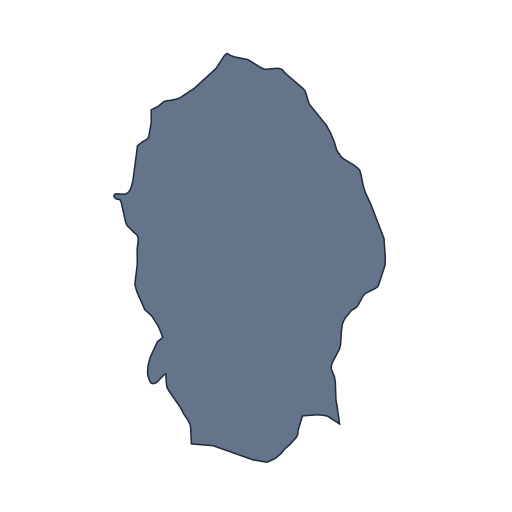 Kâmpóng Chhnang, Equal Earth projection, rotated 169°
{"feature_id": "KHM-1785", "entity_name": "Kâmpóng Chhnang", "entity_type": "Province", "adm_level": 1, "iso_a3": "KHM", "parent_name": "Cambodia", "parent_adm1": "", "projection": "equal_earth", "projection_center": [104.594, 12.169], "detail": "fine", "context": "isolated", "style": "filled", "palette": "slate", "viewbox_px": 512, "rotation_deg": 169, "n_neighbors": 0, "source": "natural_earth", "source_scale": "10m", "svg_char_len": 1973}
<svg xmlns="http://www.w3.org/2000/svg" viewBox="0 0 512 512"><g transform="rotate(169 256 256)"><path d="M133.4,284.7L127.0,248.9L129.4,229.4L131.0,222.5L141.0,204.5L142.0,203.0L142.9,202.4L145.1,201.4L155.7,198.4L157.3,197.3L159.1,195.7L164.7,188.8L167.6,186.3L170.1,185.2L171.4,184.9L173.2,184.0L179.6,178.7L182.2,175.8L183.9,173.1L184.6,171.5L186.6,165.5L189.9,152.9L191.9,148.7L201.6,136.5L203.1,133.3L203.7,130.7L202.0,122.3L202.3,116.1L205.0,99.3L205.0,94.3L206.0,75.1L216.3,85.1L220.3,86.8L226.1,88.4L240.8,90.2L246.4,80.0L248.0,76.4L249.0,73.1L249.7,71.8L251.5,69.9L258.8,64.4L264.4,61.2L269.3,57.2L275.3,53.8L282.9,51.7L284.9,51.6L298.0,56.5L334.4,78.0L355.3,83.9L353.0,99.3L352.8,103.3L354.5,108.8L357.0,114.5L359.1,121.5L367.4,140.6L368.4,143.7L368.4,147.1L367.1,157.3L368.0,157.3L368.9,157.0L377.9,150.6L381.5,150.3L382.6,150.8L383.6,151.9L384.1,153.2L384.9,158.3L385.0,160.1L384.7,162.3L383.0,168.5L381.4,172.3L379.2,176.6L369.2,190.6L363.0,193.9L364.7,202.9L365.4,205.9L369.7,216.9L375.4,224.5L379.8,243.9L380.3,250.4L379.9,252.7L374.0,271.0L371.5,284.9L368.4,294.8L368.4,297.4L368.8,299.4L371.4,302.6L376.6,310.3L377.2,312.2L377.6,315.0L378.0,334.0L378.6,336.3L378.9,337.4L382.1,338.4L383.8,340.5L384.0,342.1L383.3,343.4L381.7,343.8L373.1,341.7L371.6,341.9L370.0,342.5L368.4,343.5L366.7,345.2L365.3,347.4L362.6,353.0L351.3,386.8L345.5,389.9L340.2,391.6L338.5,393.7L333.4,406.9L331.0,419.5L323.3,421.6L317.3,425.0L315.8,425.3L313.2,425.4L310.6,425.1L304.2,425.2L300.8,425.7L284.4,432.5L259.4,447.8L249.1,458.5L246.9,459.9L245.6,460.4L244.0,458.8L243.0,457.9L239.2,455.6L226.9,450.5L225.7,449.7L215.8,440.4L211.5,437.5L198.8,436.2L194.9,434.3L192.1,429.4L177.5,411.0L176.4,408.9L176.0,407.3L175.2,398.1L174.6,394.7L161.9,370.7L159.5,363.2L157.4,353.2L156.5,344.1L153.4,337.2L152.9,336.4L151.2,334.4L142.3,326.3L139.7,323.2L138.0,320.8L137.7,319.1L137.4,315.5L137.3,303.7L136.6,297.8L133.4,284.7Z" fill="#64748b" stroke="#1e293b" stroke-width="1.5"/></g></svg>